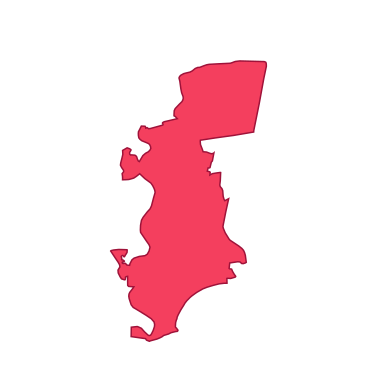 Phan Rang-Thap Cham, Ninh Thuận, Vietnam, rotated 49°
{"feature_id": "81297802B48689828615161", "entity_name": "Phan Rang-Thap Cham", "entity_type": "district", "adm_level": 2, "iso_a3": "VNM", "parent_name": "Vietnam", "parent_adm1": "Ninh Thuận", "projection": "natural_earth1", "projection_center": [108.979, 11.602], "detail": "fine", "context": "isolated", "style": "filled", "palette": "rose", "viewbox_px": 384, "rotation_deg": 49, "n_neighbors": 0, "source": "geoboundaries", "source_scale": "gbopen_adm2", "svg_char_len": 4408}
<svg xmlns="http://www.w3.org/2000/svg" viewBox="0 0 384 384"><g transform="rotate(49 192 192)"><path d="M141.6,51.6L141.0,51.9L124.4,70.0L121.9,73.7L121.3,75.2L120.7,76.9L119.9,78.7L112.1,88.6L106.9,95.3L105.6,97.5L104.4,100.5L103.0,104.4L101.8,105.9L100.9,108.5L100.8,112.2L100.2,114.8L98.2,118.6L97.2,120.7L96.5,124.0L96.7,125.6L97.4,127.0L100.4,128.5L106.8,132.7L110.3,134.7L114.3,136.2L115.7,137.3L116.6,138.7L117.2,140.2L117.4,143.6L118.0,149.9L119.0,152.1L121.6,154.6L122.7,155.6L124.0,155.1L127.0,155.0L122.7,163.2L120.7,166.9L120.4,168.5L120.6,169.1L121.9,169.4L122.3,170.1L121.6,171.7L116.9,181.5L115.8,183.2L113.9,183.7L113.5,185.0L112.0,184.3L111.5,184.3L110.9,185.0L109.0,187.0L110.3,190.1L111.4,192.9L112.7,194.2L114.2,195.4L116.2,196.6L118.0,196.7L120.3,196.3L125.1,193.9L127.0,193.0L128.5,192.9L130.3,193.4L132.1,194.5L132.8,196.3L133.0,198.6L132.3,201.7L132.3,205.2L133.2,207.9L134.5,211.8L133.5,212.2L131.2,211.6L129.3,210.7L127.9,210.6L127.4,210.7L126.7,211.0L124.5,213.1L123.7,214.1L122.6,214.2L121.5,213.4L121.1,212.9L120.6,211.1L120.2,210.4L119.6,210.4L118.4,210.7L116.1,212.0L115.1,217.1L118.2,219.5L120.6,222.8L123.3,226.7L124.8,228.4L127.5,229.1L130.5,229.4L131.4,229.9L131.9,230.5L132.3,232.7L134.5,234.1L136.5,235.7L137.2,236.4L137.3,236.3L139.1,234.1L141.1,231.5L142.4,228.8L143.3,226.8L143.7,223.7L143.9,219.5L151.1,218.8L158.1,217.2L158.7,217.2L161.4,217.5L164.5,218.3L166.5,219.1L168.2,220.2L171.3,225.0L175.9,231.7L177.2,234.7L177.7,238.9L179.0,245.4L180.2,248.7L183.4,252.7L186.8,255.9L188.8,257.3L192.8,257.8L199.5,258.6L201.5,258.8L203.5,259.0L206.1,259.9L208.4,263.2L208.7,264.1L209.1,265.2L209.6,266.5L209.4,267.8L209.3,268.8L209.1,269.4L207.4,272.0L206.0,274.1L205.5,275.3L203.9,279.1L203.8,281.8L205.4,285.8L206.4,287.2L205.6,288.0L204.6,288.9L204.0,289.1L203.3,289.1L202.5,289.0L202.2,289.1L201.8,289.4L200.7,291.0L200.3,291.2L199.9,291.2L199.5,291.0L199.2,290.6L199.3,290.2L199.9,288.9L199.9,288.6L199.8,288.4L199.5,288.4L198.7,288.5L197.9,288.8L197.2,289.4L196.9,289.5L196.1,288.6L195.1,288.1L194.4,287.8L194.2,287.6L194.1,287.0L194.2,286.2L194.7,285.8L195.3,285.8L196.3,285.8L196.4,285.7L196.5,285.5L196.5,285.3L195.9,283.7L195.5,282.2L195.0,280.7L193.4,279.1L193.0,278.9L192.3,279.6L187.3,285.0L184.3,289.3L183.5,290.8L183.1,291.7L183.2,292.1L191.5,293.2L196.5,293.8L199.4,294.4L201.3,295.6L201.7,297.0L202.4,299.1L204.7,300.8L208.9,301.9L211.3,302.2L213.8,300.7L214.3,300.1L214.0,299.3L212.6,298.1L212.9,296.7L213.4,295.9L217.8,299.7L220.3,301.8L221.6,301.8L222.7,300.8L225.4,298.1L225.9,299.8L226.9,304.8L227.7,306.5L229.2,308.1L231.3,309.4L237.2,311.9L240.6,312.1L241.7,311.7L244.4,310.8L254.9,307.5L260.9,305.9L265.2,305.9L267.4,307.1L268.8,308.5L269.1,308.9L271.0,312.1L272.4,315.4L272.9,317.2L272.2,318.6L271.0,319.1L266.2,319.6L261.7,319.6L258.8,320.9L257.6,321.6L254.2,326.5L261.2,332.8L270.9,324.4L272.1,323.3L272.7,323.3L273.4,323.5L274.0,323.5L276.7,322.1L276.9,321.5L277.0,321.1L280.0,314.9L281.0,311.9L281.6,309.5L281.7,307.5L282.0,306.8L283.8,302.8L284.4,300.3L285.3,298.4L286.7,295.7L287.5,294.6L287.5,294.0L287.4,293.6L286.9,293.2L285.9,293.2L284.9,293.0L284.5,293.0L283.6,293.2L282.9,293.0L281.3,291.5L279.8,290.0L278.4,287.9L277.8,286.6L277.4,286.1L276.7,285.3L275.5,282.7L273.6,277.7L272.1,272.7L271.2,270.1L271.0,269.0L270.6,266.9L270.5,264.8L270.3,263.0L270.3,260.7L270.6,257.0L270.9,254.1L272.2,247.4L273.0,245.2L273.7,243.2L276.4,237.2L279.1,231.8L281.9,227.7L283.5,225.8L283.8,225.4L280.1,222.4L280.4,221.8L282.6,219.6L284.3,215.9L284.6,215.0L284.3,214.3L281.8,214.1L278.6,213.5L276.2,212.7L274.5,214.1L274.0,214.1L270.3,210.1L274.6,203.3L276.2,201.7L278.6,201.4L279.7,200.3L280.5,198.4L280.7,197.2L274.8,193.3L272.2,192.1L269.8,191.4L267.3,191.4L263.5,192.1L253.4,194.9L251.8,194.9L244.5,193.7L240.3,192.3L238.6,191.5L237.7,190.5L237.3,190.0L229.2,179.6L221.1,168.7L220.1,172.9L218.7,172.7L215.7,171.3L211.1,167.9L209.1,167.2L206.6,167.2L205.0,166.5L202.0,163.2L196.1,157.6L195.8,157.8L193.4,161.5L191.5,164.6L190.9,167.4L189.0,165.3L188.1,165.5L186.3,166.8L184.4,164.1L185.2,163.1L185.4,162.4L182.2,157.9L181.9,156.2L176.9,149.9L176.9,150.0L176.5,151.2L175.9,152.2L174.4,153.2L171.4,154.8L168.9,157.2L166.8,156.3L161.8,154.5L159.1,152.5L158.4,151.7L166.3,139.2L177.0,122.8L187.2,106.1L186.1,105.0L169.4,83.3L153.4,63.3L145.9,53.4L144.3,52.1L143.4,51.5L142.4,51.2L141.6,51.6Z" fill="#f43f5e" stroke="#9f1239" stroke-width="1.5"/></g></svg>